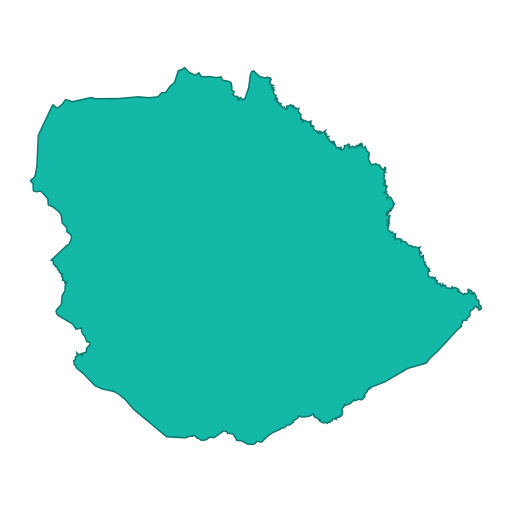 outline of Pha Khao, Loei, Thailand
{"feature_id": "78962969B60178316826194", "entity_name": "Pha Khao", "entity_type": "district", "adm_level": 2, "iso_a3": "THA", "parent_name": "Thailand", "parent_adm1": "Loei", "projection": "orthographic", "projection_center": [102.064, 17.053], "detail": "fine", "context": "isolated", "style": "filled", "palette": "teal", "viewbox_px": 512, "rotation_deg": 0, "n_neighbors": 0, "source": "geoboundaries", "source_scale": "gbopen_adm2", "svg_char_len": 5968}
<svg xmlns="http://www.w3.org/2000/svg" viewBox="0 0 512 512"><path d="M178.4,70.5L174.5,82.5L170.1,86.2L165.8,92.4L161.8,92.7L157.9,96.9L148.6,97.7L138.1,96.8L118.8,98.6L94.9,98.7L91.3,97.5L72.3,101.7L65.6,99.6L62.7,103.8L58.4,107.5L55.7,107.6L54.1,105.4L52.6,105.0L38.3,135.3L36.9,165.8L35.4,174.7L34.3,177.4L30.7,180.2L31.0,181.7L33.0,183.3L33.3,190.7L36.1,191.8L40.0,191.1L42.1,192.2L47.8,198.8L48.3,204.9L53.2,207.0L59.2,212.0L61.3,215.3L62.2,222.9L66.8,227.8L66.9,231.7L70.5,234.3L71.5,236.7L71.4,238.7L68.9,244.5L67.1,245.2L51.2,260.2L53.4,261.0L53.3,264.0L55.3,265.5L55.4,266.5L56.7,266.5L57.8,269.6L59.1,270.3L59.3,272.2L61.2,273.4L61.2,274.3L62.7,274.3L61.5,276.4L63.2,278.3L62.3,280.0L64.8,281.2L64.9,283.1L66.9,281.9L65.1,286.2L65.0,290.7L62.1,295.8L61.4,304.5L56.5,309.9L56.1,311.4L56.8,314.0L58.8,315.8L72.8,324.2L76.0,329.2L81.4,327.9L81.6,331.5L83.2,334.7L84.8,336.2L86.7,341.7L89.8,342.3L90.2,344.2L86.5,348.4L86.4,352.1L82.5,353.3L82.6,354.6L81.6,355.6L81.2,353.6L78.5,354.7L76.9,352.9L77.1,356.3L75.5,356.8L75.3,359.4L73.7,360.7L74.4,364.9L75.8,365.5L76.3,367.8L84.3,374.5L95.1,385.8L102.4,389.0L114.0,391.5L119.0,394.2L126.0,400.3L133.6,409.3L166.7,436.8L185.5,437.8L189.9,436.0L192.4,436.3L194.4,435.1L197.1,438.2L198.4,438.1L200.6,440.0L202.7,440.3L206.1,439.8L209.7,437.2L214.3,437.6L223.7,430.7L227.0,431.8L227.7,433.5L228.8,433.1L233.4,434.3L236.9,440.4L241.4,440.8L247.8,444.1L253.2,444.4L255.0,443.7L257.1,441.2L261.5,442.2L267.6,436.1L272.3,432.8L280.4,429.2L280.8,428.1L284.3,427.8L286.7,425.0L289.6,424.9L293.2,422.3L292.9,421.3L297.8,417.8L298.8,416.0L302.3,417.1L308.4,416.4L311.0,415.5L312.8,413.9L314.6,417.0L319.7,419.3L318.8,420.0L320.3,421.4L323.2,422.9L326.1,422.5L327.3,423.4L328.5,422.1L330.0,422.4L330.5,420.7L332.0,420.9L333.3,418.4L336.5,419.4L336.2,417.6L339.0,417.3L339.1,416.1L340.7,416.3L342.5,414.1L341.9,413.4L342.6,411.3L341.9,408.7L344.1,406.5L344.4,404.4L345.7,405.2L350.1,403.6L354.2,399.8L354.3,400.5L356.2,400.4L358.6,399.2L361.1,399.8L362.8,399.1L365.1,396.2L364.1,395.0L367.3,391.4L367.3,389.7L368.9,389.6L369.0,388.7L370.2,388.5L369.4,387.8L384.7,381.9L407.8,368.4L426.3,363.1L429.8,358.3L437.1,351.7L457.3,329.9L461.4,326.5L461.1,325.3L463.0,320.5L466.7,320.2L466.6,318.9L469.9,315.7L469.9,311.7L473.9,308.4L474.0,307.3L475.7,306.3L477.2,307.8L478.3,307.4L479.0,310.2L480.8,309.3L481.3,307.2L480.2,305.4L479.0,305.4L478.8,300.6L476.0,298.8L476.1,296.5L475.2,294.2L471.9,294.1L473.6,292.7L472.1,292.5L471.0,290.5L468.3,289.3L467.9,290.6L468.8,292.6L466.1,293.9L464.4,293.5L463.6,294.8L460.0,292.0L458.1,291.9L457.6,291.1L458.9,290.6L458.7,289.3L455.1,287.5L453.0,288.3L452.2,286.9L451.3,288.4L445.9,287.8L445.6,285.4L443.5,285.5L442.9,284.1L442.2,286.2L441.3,286.5L440.5,283.5L437.2,283.9L437.3,282.2L435.9,281.5L437.0,280.5L434.9,279.5L435.2,277.4L433.1,278.1L432.1,277.0L431.6,278.0L429.1,276.8L428.2,275.2L427.9,271.9L429.7,271.2L428.1,270.2L429.3,270.0L429.5,269.0L425.3,265.9L426.1,265.2L424.7,264.3L425.4,262.3L423.8,261.8L423.2,255.5L422.4,255.6L421.7,257.3L420.1,256.4L419.5,253.5L421.4,253.5L420.8,252.0L420.0,252.2L418.9,248.8L420.0,247.2L417.9,247.8L414.9,246.8L413.3,247.2L411.0,245.5L409.1,246.0L405.5,241.8L402.1,241.1L400.9,241.6L401.6,239.4L397.4,238.5L395.1,239.7L395.4,237.4L393.7,236.8L395.2,236.1L395.6,233.8L393.9,234.4L392.3,232.1L391.1,232.9L390.5,231.6L387.7,229.7L388.7,225.2L387.1,225.5L387.4,223.7L388.8,223.9L389.3,222.4L387.9,222.0L388.8,220.9L387.1,220.4L388.9,219.9L389.9,215.7L387.7,216.1L386.1,214.6L387.3,214.2L386.6,213.1L387.2,212.4L388.8,214.1L388.2,212.0L390.0,211.5L389.2,210.6L391.2,210.3L390.5,208.8L392.0,208.7L393.6,205.9L393.2,204.5L394.5,204.1L390.5,197.2L388.3,197.1L387.1,198.2L388.0,194.8L384.3,192.4L386.7,191.8L385.6,189.8L387.0,186.6L386.8,185.8L385.7,186.5L385.8,185.7L384.8,185.5L385.0,184.2L383.9,184.7L383.4,183.6L385.3,182.1L385.2,180.2L384.3,180.1L383.9,178.9L384.4,175.7L383.5,173.3L385.6,172.4L384.5,171.6L385.7,169.5L385.4,167.5L384.8,167.4L383.3,169.8L381.7,168.9L379.4,164.9L376.3,165.0L376.1,163.7L371.4,164.9L368.6,159.6L368.4,156.3L369.4,155.7L369.0,152.7L367.0,151.0L365.2,146.6L364.8,147.5L363.4,147.6L362.0,146.4L362.2,144.4L361.4,143.2L360.4,143.9L361.0,145.7L360.1,145.2L359.6,146.1L359.7,144.6L359.2,144.4L358.7,146.3L357.9,145.4L356.4,145.7L355.1,147.7L352.7,146.2L349.5,147.8L350.0,146.8L349.0,146.3L349.5,144.6L348.5,144.1L346.8,145.4L344.5,145.6L344.2,148.6L341.4,150.2L339.8,148.9L341.3,148.3L341.1,147.3L336.6,147.9L334.1,142.4L333.4,142.5L333.4,143.5L332.3,142.7L333.4,141.5L331.8,141.5L331.4,142.4L329.2,141.0L329.6,139.9L327.1,137.8L328.6,136.5L326.6,136.4L326.0,135.4L326.7,134.2L324.5,133.4L325.6,133.4L324.7,132.5L325.4,130.8L322.6,132.8L320.0,131.4L320.0,133.5L319.2,133.4L318.7,131.5L318.7,132.8L317.6,132.9L317.6,131.1L315.4,130.9L313.9,129.4L313.3,128.0L313.8,126.5L312.9,125.7L310.9,126.1L311.1,123.9L310.3,123.3L311.3,121.2L310.2,121.1L309.4,122.4L303.9,120.3L303.0,121.7L302.4,119.4L300.7,119.5L301.1,117.8L300.4,117.1L301.1,115.0L298.3,111.6L298.7,108.6L298.0,109.2L296.7,108.2L294.6,108.5L294.9,107.4L292.8,106.7L293.4,105.7L292.0,105.4L291.7,106.0L290.5,104.7L289.6,105.7L286.6,106.3L286.6,107.4L287.4,107.7L286.3,109.5L284.6,108.4L284.3,107.1L282.3,107.5L280.7,104.5L279.6,104.7L280.8,103.4L279.2,103.4L277.9,101.7L276.7,102.1L277.3,99.1L275.2,99.4L276.6,98.1L275.5,97.7L276.0,95.2L274.8,95.0L273.5,93.0L273.4,90.6L274.3,90.1L273.8,88.9L272.4,89.1L273.4,87.8L272.2,87.9L271.5,86.8L273.3,85.4L270.7,84.7L269.7,83.3L270.4,82.2L269.4,81.6L271.2,79.6L270.3,77.8L268.3,78.0L267.6,77.2L264.6,77.9L259.3,76.3L253.6,70.8L251.6,71.7L250.3,75.3L248.7,87.7L244.9,98.8L242.4,100.2L242.4,99.0L240.2,97.5L238.3,100.3L237.5,98.8L238.4,97.9L237.5,96.5L234.6,96.2L232.8,94.8L234.2,91.7L231.6,89.8L231.9,87.0L231.0,82.8L229.1,81.5L222.6,80.2L221.2,77.0L216.4,77.6L208.5,76.5L203.7,76.9L200.9,76.1L198.8,72.8L196.0,75.0L194.6,75.0L188.7,72.1L184.5,67.6L182.0,69.6L178.4,70.5Z" fill="#14b8a6" stroke="#0f766e" stroke-width="1.5"/></svg>